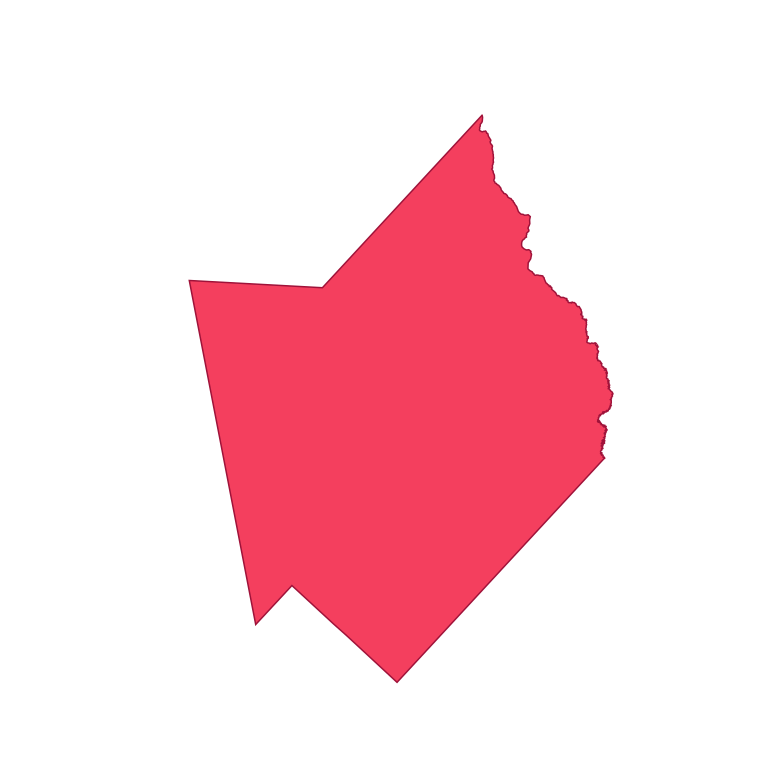 outline of Pilagás, Formosa, Argentina, rotated 43°
{"feature_id": "61730980B93218501090462", "entity_name": "Pilagás", "entity_type": "district", "adm_level": 2, "iso_a3": "ARG", "parent_name": "Argentina", "parent_adm1": "Formosa", "projection": "albers", "projection_center": [-58.554, -25.093], "detail": "fine", "context": "isolated", "style": "filled", "palette": "rose", "viewbox_px": 768, "rotation_deg": 43, "n_neighbors": 0, "source": "geoboundaries", "source_scale": "gbopen_adm2", "svg_char_len": 6134}
<svg xmlns="http://www.w3.org/2000/svg" viewBox="0 0 768 768"><g transform="rotate(43 384 384)"><path d="M454.2,647.4L454.1,594.2L510.6,593.9L528.3,593.5L597.0,593.3L595.8,288.7L596.1,287.9L595.6,287.5L595.0,287.3L594.4,288.0L594.0,288.1L593.3,287.1L592.7,286.7L592.4,286.8L591.7,287.5L591.3,286.8L590.6,287.2L590.2,287.2L590.5,286.3L590.4,285.8L590.1,285.8L589.3,286.4L588.2,285.4L588.1,284.7L588.3,283.8L587.6,283.3L588.0,282.4L588.0,281.8L587.8,281.7L587.1,282.4L586.6,280.9L585.1,281.1L585.1,280.9L586.1,280.2L586.0,279.6L585.5,278.8L584.0,279.5L583.7,279.5L583.4,278.9L583.4,278.3L585.2,278.0L585.6,277.3L585.6,276.8L584.6,276.3L582.9,277.1L582.2,276.8L582.1,276.1L583.8,276.0L584.2,275.6L584.3,275.1L584.1,274.9L583.1,275.1L582.5,274.8L582.8,273.9L582.2,272.8L581.3,273.2L581.4,271.5L581.0,271.5L580.3,270.2L579.2,270.2L578.6,269.7L578.7,269.2L579.5,269.4L579.7,269.2L579.3,268.8L579.4,268.1L578.7,267.6L577.5,267.3L577.4,266.8L577.4,266.5L578.7,266.6L578.5,265.5L578.2,265.3L577.4,265.7L577.2,265.1L576.3,265.0L576.0,264.7L575.4,263.6L575.1,263.8L574.8,264.8L574.4,265.1L574.3,263.9L573.6,263.6L573.2,264.0L573.1,265.1L572.9,265.4L572.6,265.3L572.3,264.5L572.1,264.5L572.0,264.8L571.5,264.9L571.0,265.4L570.6,265.6L569.9,264.6L569.6,264.7L569.5,265.2L569.3,265.4L568.3,264.5L567.8,264.4L567.7,264.5L567.8,265.0L567.5,265.4L566.5,265.9L565.7,265.7L565.6,265.4L566.3,265.5L566.7,264.1L566.1,264.0L565.1,264.7L564.8,264.6L564.7,263.1L563.8,262.5L563.9,261.7L562.9,260.4L563.7,259.9L563.8,259.6L562.9,259.4L562.8,259.1L562.9,258.8L563.3,258.8L563.7,257.2L564.4,256.5L563.2,255.7L563.2,255.1L563.8,255.2L564.2,255.6L564.7,255.5L564.7,255.0L563.9,254.8L563.8,254.4L564.2,253.9L564.9,253.8L565.0,253.3L565.7,252.6L565.7,252.4L564.9,252.1L565.0,251.4L565.4,251.3L565.9,251.5L566.2,251.0L566.2,250.6L565.7,249.8L565.7,249.3L566.0,248.7L565.2,248.3L565.2,248.1L565.8,247.8L565.8,247.5L565.1,247.0L565.3,246.1L565.1,245.9L564.5,246.2L564.3,246.0L564.4,245.6L564.8,245.3L564.8,244.7L563.5,244.3L563.7,243.9L562.8,242.5L561.2,240.9L560.9,240.8L560.3,241.0L560.4,239.7L559.7,239.3L559.7,238.6L559.3,238.0L559.3,237.0L557.8,236.1L558.3,235.5L558.0,234.9L556.3,234.3L554.4,234.5L553.7,234.2L552.7,234.3L551.9,234.0L551.2,234.4L550.8,233.4L550.9,233.1L551.4,233.0L551.4,232.7L550.5,232.2L550.1,232.8L549.8,232.9L549.8,230.9L549.6,230.9L549.2,231.4L548.8,231.4L548.3,230.2L548.0,229.9L547.8,230.0L547.6,230.4L547.2,230.5L547.2,229.7L546.6,229.7L546.2,229.5L546.6,228.5L546.3,228.1L546.0,228.2L545.5,228.8L544.5,227.7L543.5,227.9L543.1,228.2L542.7,227.7L541.8,227.2L541.6,226.0L540.7,225.7L540.5,225.1L539.5,224.8L539.5,224.5L540.0,224.0L539.9,223.7L539.4,223.5L539.1,224.0L538.7,224.1L538.7,223.1L537.9,222.9L537.2,222.1L536.7,222.2L536.3,223.2L535.9,223.3L536.0,222.4L535.7,221.5L534.0,222.6L533.4,222.0L533.0,221.9L532.2,222.5L531.9,222.2L531.1,222.3L530.1,221.7L529.5,220.6L528.5,220.9L528.5,220.4L526.3,219.9L525.6,220.5L524.8,220.2L524.3,221.0L522.8,220.1L522.1,220.0L521.9,219.7L522.2,219.3L521.6,219.1L521.3,218.5L520.8,218.1L520.5,217.1L519.6,216.9L519.3,216.3L519.4,215.3L518.8,214.6L518.7,213.9L518.2,213.7L517.1,213.6L515.8,213.0L515.5,212.2L515.3,210.9L514.2,211.4L514.1,210.3L513.6,210.0L513.3,210.0L512.8,210.9L512.2,211.2L511.5,210.7L511.3,210.2L511.5,209.7L510.7,209.7L510.2,210.1L509.5,211.5L508.0,212.3L507.2,214.0L506.4,214.1L504.8,215.0L504.0,215.1L503.5,214.8L503.2,213.9L502.6,213.3L502.4,212.7L501.5,212.0L501.6,211.7L502.1,211.4L502.1,211.1L501.0,210.1L499.8,210.5L499.6,210.2L498.5,209.7L498.0,208.9L496.9,208.6L496.9,207.6L496.2,207.9L494.9,206.6L494.1,206.3L493.0,204.4L492.0,203.4L491.8,202.5L490.7,201.9L490.3,201.1L489.2,200.5L488.9,199.3L488.6,199.0L487.9,198.9L488.2,199.7L487.5,200.2L487.1,200.2L486.9,199.6L486.7,199.6L485.5,200.5L484.3,200.8L484.0,200.6L483.9,199.7L483.3,198.9L482.5,199.2L481.5,198.7L481.0,199.0L480.5,199.0L480.3,198.7L480.9,198.4L481.0,198.0L480.0,197.1L479.7,196.6L478.3,196.0L477.5,195.3L474.0,194.3L473.8,194.3L472.9,195.3L472.3,195.4L471.0,195.2L469.5,194.5L467.6,194.7L466.9,195.4L465.7,195.8L465.9,196.5L465.7,197.0L464.6,197.4L463.9,198.3L463.4,198.6L463.0,198.6L461.7,197.7L461.1,198.1L460.1,198.1L460.1,197.2L459.3,196.9L458.3,197.6L456.2,198.3L454.3,200.1L451.4,200.2L450.8,201.1L450.3,201.3L447.2,200.2L442.0,200.4L441.3,199.3L440.5,199.1L439.9,199.4L439.0,198.9L438.8,198.9L438.4,199.9L437.2,199.3L436.0,199.6L434.5,199.4L433.5,199.6L429.7,197.9L428.5,197.1L427.4,197.1L426.4,196.7L424.7,197.8L423.5,198.8L422.4,199.3L421.1,200.4L420.8,201.1L420.2,201.5L419.1,201.6L418.3,201.1L417.2,201.3L415.9,200.9L413.4,201.6L410.7,201.6L406.8,197.0L405.9,192.4L403.6,188.7L402.7,188.1L401.5,187.8L401.0,186.8L398.5,187.0L397.9,187.4L397.1,188.6L395.6,189.3L393.9,189.7L391.4,189.6L390.1,188.8L388.5,187.0L387.7,185.7L387.4,184.6L387.4,183.4L387.7,182.3L387.5,180.6L388.0,179.4L386.8,178.4L386.4,177.3L385.5,176.6L385.6,173.3L384.9,172.6L383.1,171.9L382.4,170.4L382.0,168.9L381.3,167.3L378.6,164.7L376.8,161.8L374.0,161.9L373.1,163.2L371.7,164.7L370.0,165.1L368.5,166.3L366.4,166.4L364.6,166.2L360.0,163.8L357.4,163.4L355.7,162.7L354.8,162.8L353.7,162.1L351.9,162.2L350.4,161.8L349.2,162.5L346.8,162.8L345.6,162.1L343.9,162.0L342.9,162.2L342.1,162.7L341.5,162.9L340.6,162.4L339.6,162.5L337.1,162.0L336.4,161.4L335.6,161.0L332.4,160.5L330.5,161.0L329.4,160.7L328.8,161.1L328.3,161.2L327.9,161.2L326.8,160.5L325.9,160.5L325.2,160.0L324.5,158.1L322.3,156.0L319.7,154.9L319.1,154.3L318.5,153.9L316.2,153.3L316.1,152.0L314.2,150.3L313.7,148.7L313.0,148.0L312.8,147.0L311.9,146.5L310.6,145.1L310.0,144.0L308.6,142.9L307.4,141.6L306.1,140.9L305.5,140.0L304.6,139.6L302.1,137.8L301.4,136.4L301.0,136.0L299.4,135.5L298.1,135.5L296.4,134.5L296.2,134.1L296.3,133.4L295.8,132.8L291.4,131.6L289.2,130.1L288.7,130.1L288.2,130.5L287.9,130.5L286.6,129.8L285.9,129.7L285.6,129.8L285.1,130.8L284.4,131.4L284.1,132.3L283.8,132.6L282.5,133.1L281.4,133.3L280.9,133.3L280.4,133.0L279.9,132.0L278.9,131.1L278.5,129.7L277.5,128.7L277.3,128.1L277.2,126.1L276.6,124.7L274.3,121.8L272.8,120.7L272.4,120.6L273.3,355.6L171.0,441.1L274.8,516.7L454.2,647.4Z" fill="#f43f5e" stroke="#9f1239" stroke-width="1.5"/></g></svg>